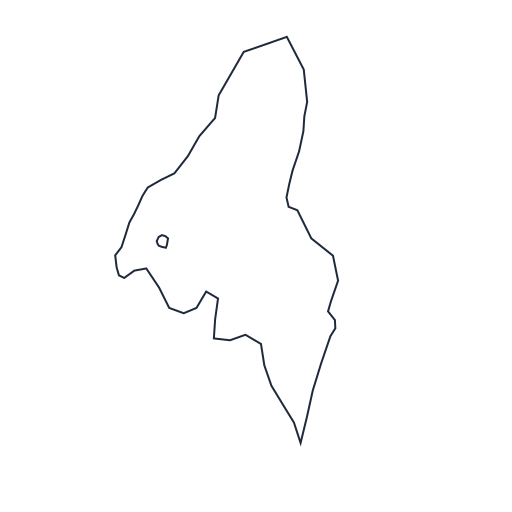 outline of Goranboy, rotated 152°
{"feature_id": "AZE-1681", "entity_name": "Goranboy", "entity_type": "District", "adm_level": 1, "iso_a3": "AZE", "parent_name": "Azerbaijan", "parent_adm1": "", "projection": "equal_earth", "projection_center": [46.693, 40.614], "detail": "fine", "context": "isolated", "style": "outline", "palette": "slate", "viewbox_px": 512, "rotation_deg": 152, "n_neighbors": 0, "source": "natural_earth", "source_scale": "10m", "svg_char_len": 1124}
<svg xmlns="http://www.w3.org/2000/svg" viewBox="0 0 512 512"><g transform="rotate(152 256 256)"><path d="M303.7,367.8L301.3,367.7L289.2,367.3L269.2,376.2L249.8,388.4L234.6,394.3L229.9,396.1L227.4,397.0L221.8,404.4L216.1,412.0L213.5,415.4L171.0,442.0L141.7,437.4L141.4,437.4L125.9,435.0L126.3,398.2L138.5,368.0L147.7,356.7L155.6,343.9L168.8,328.2L183.5,314.4L192.7,304.1L201.6,293.4L204.1,284.1L198.0,277.0L198.9,245.6L187.9,220.1L195.1,195.7L211.2,180.7L218.4,173.3L216.4,162.4L219.9,154.9L227.9,150.3L248.6,130.9L269.0,110.6L286.4,90.2L304.4,70.0L300.7,91.1L302.0,111.9L303.3,134.2L300.0,155.5L292.9,176.0L302.3,191.4L318.5,193.8L331.9,203.0L321.8,219.3L309.5,236.3L316.7,248.0L332.9,238.1L346.7,239.4L357.0,250.9L356.4,273.5L358.7,296.5L370.3,300.2L382.7,298.5L386.1,303.3L384.4,311.4L380.0,322.7L370.7,326.9L361.1,336.1L352.1,345.0L344.1,350.2L336.3,355.9L328.1,362.3L324.2,364.6L319.4,367.3L304.4,367.8L303.7,367.8ZM329.3,318.6L333.0,318.5L336.7,315.7L337.2,312.9L337.0,310.7L334.9,308.3L331.7,305.6L329.3,307.8L327.1,310.7L325.4,312.8L326.7,316.1L329.3,318.6Z" fill="none" stroke="#1e293b" stroke-width="2"/></g></svg>